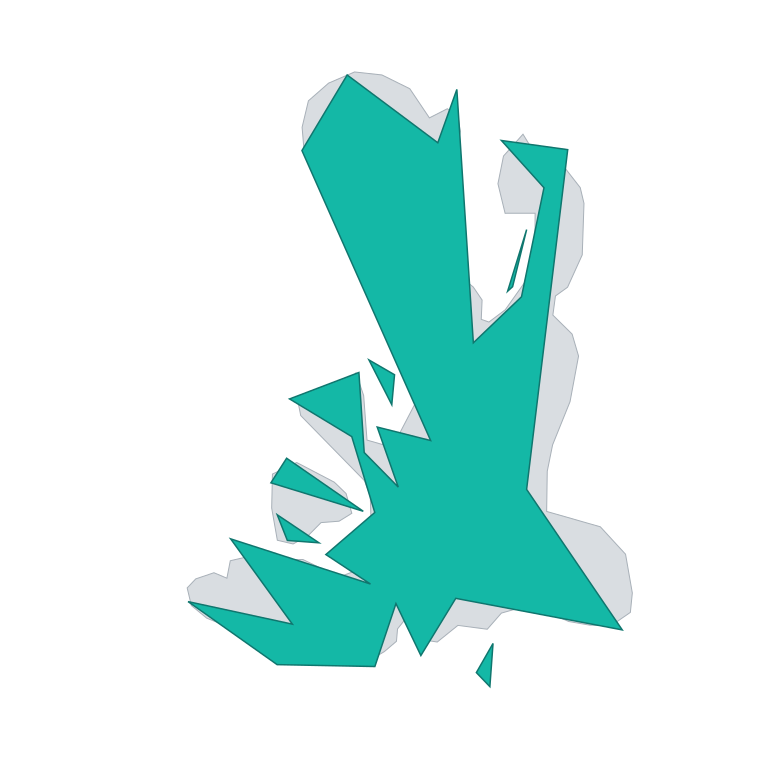 location of Archipel des Kerguelen within French Southern and Antarctic Lands, rotated 263°
{"feature_id": "ATF-5916", "entity_name": "Archipel des Kerguelen", "entity_type": "state/province", "adm_level": 1, "iso_a3": "ATF", "parent_name": "French Southern and Antarctic Lands", "parent_adm1": "", "projection": "equal_earth", "projection_center": [69.4, -49.144], "detail": "coarse", "context": "in_parent", "style": "filled", "palette": "teal", "viewbox_px": 768, "rotation_deg": 263, "n_neighbors": 0, "source": "natural_earth", "source_scale": "10m", "svg_char_len": 2168}
<svg xmlns="http://www.w3.org/2000/svg" viewBox="0 0 768 768"><g transform="rotate(263 384 384)"><path d="M247.9,354.3L274.2,356.7L290.3,352.9L362.8,297.5L381.8,296.1L379.9,338.5L398.5,357.5L375.0,362.4L330.4,360.3L320.1,384.5L365.1,415.5L387.5,419.7L405.8,419.3L440.0,412.3L467.4,401.2L510.0,375.4L535.4,365.4L583.7,364.9L608.9,340.4L620.5,332.9L648.8,334.0L674.3,343.5L689.4,365.7L697.3,392.8L691.0,419.6L673.9,445.6L642.6,461.5L649.5,480.4L641.2,490.0L625.6,490.5L612.3,486.2L592.8,463.9L569.3,452.0L512.7,452.8L487.3,454.3L482.9,471.3L469.4,484.4L455.4,491.6L436.3,488.4L432.7,495.7L442.9,513.4L467.6,535.9L510.2,551.6L535.1,554.8L538.7,525.0L568.9,521.5L595.7,530.4L615.0,552.4L599.1,559.6L585.2,571.3L582.2,586.4L555.0,602.7L538.9,604.5L488.0,596.5L457.7,578.0L450.5,564.9L431.8,560.0L410.6,576.8L388.0,580.5L343.8,566.5L303.0,543.9L277.5,535.4L237.7,529.9L215.9,581.3L185.6,603.0L146.3,605.0L127.3,600.7L116.8,580.6L119.5,559.1L125.7,538.5L138.0,517.4L145.7,494.3L142.3,472.6L128.0,456.6L135.4,427.9L121.4,405.4L126.2,388.9L149.0,377.5L139.3,367.6L127.1,365.0L118.4,351.8L111.5,336.0L120.3,306.1L133.4,277.3L131.7,244.7L154.1,214.0L173.2,179.5L187.6,165.8L205.6,163.8L213.5,173.4L217.4,192.2L210.4,204.4L227.3,209.9L231.7,249.9L221.2,266.3L219.7,282.1L197.9,315.7L204.3,342.7L247.9,354.3ZM279.9,333.0L259.6,336.3L253.3,322.7L254.1,304.6L242.8,290.3L236.3,274.3L241.9,259.1L274.6,257.4L308.2,262.3L316.7,287.8L292.6,322.7L279.9,333.0Z" fill="#d9dde1" stroke="#a8b0b8" stroke-width="1"/><path d="M695.2,385.1L616.9,466.8L667.5,492.2L414.0,477.7L453.8,531.1L559.3,566.7L611.4,530.2L594.2,594.9L262.0,512.7L110.9,590.5L162.5,429.1L110.0,387.5L164.6,369.1L104.7,340.5L118.5,243.7L191.9,163.0L156.8,263.8L249.0,212.9L187.1,346.2L221.8,305.5L257.6,359.2L335.7,345.6L380.7,288.4L398.5,360.5L318.4,356.0L279.9,385.6L342.1,372.0L322.2,423.4L625.7,331.0L695.2,385.1ZM260.2,347.9L299.7,259.7L322.2,278.3L260.2,347.9ZM240.5,269.0L267.2,262.1L234.3,300.1L240.5,269.0ZM86.3,440.5L113.2,460.6L70.7,452.2L86.3,440.5ZM519.9,544.4L464.9,523.5L461.0,518.0L519.9,544.4ZM391.9,395.6L362.5,389.2L409.7,372.0L391.9,395.6Z" fill="#14b8a6" stroke="#0f766e" stroke-width="1.5"/></g></svg>